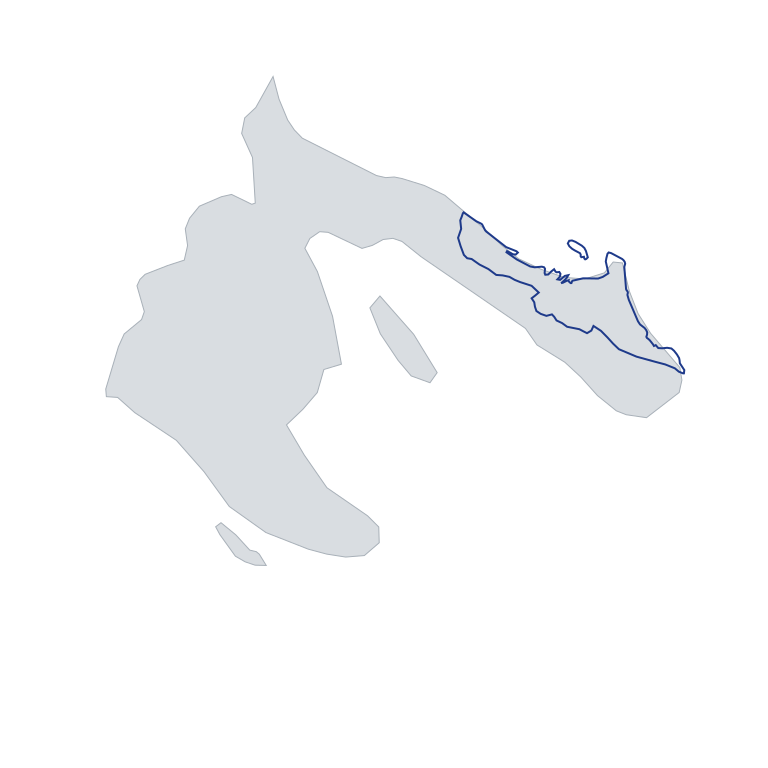 Sud highlighted on a map of Haiti, rotated 208°
{"feature_id": "HTI-1362", "entity_name": "Sud", "entity_type": "Department", "adm_level": 1, "iso_a3": "HTI", "parent_name": "Haiti", "parent_adm1": "", "projection": "robinson", "projection_center": [-73.723, 18.228], "detail": "fine", "context": "in_parent", "style": "outline", "palette": "blue", "viewbox_px": 768, "rotation_deg": 208, "n_neighbors": 0, "source": "natural_earth", "source_scale": "10m", "svg_char_len": 3507}
<svg xmlns="http://www.w3.org/2000/svg" viewBox="0 0 768 768"><g transform="rotate(208 384 384)"><path d="M623.2,242.5L627.3,248.9L636.0,292.3L636.9,306.2L628.3,327.1L629.6,335.4L648.2,354.7L648.6,361.7L646.4,368.7L630.6,387.1L618.5,399.6L622.4,414.0L632.3,427.7L633.5,439.1L630.5,454.3L615.5,473.0L607.6,479.8L585.1,480.6L582.6,483.3L593.8,501.6L606.5,522.3L627.3,538.4L631.9,553.6L627.0,567.9L626.3,603.4L610.4,586.2L592.9,571.8L582.4,566.2L571.6,562.7L488.6,564.5L479.4,567.0L472.1,571.6L464.4,573.9L441.6,578.2L418.9,579.2L365.9,567.6L344.9,561.6L323.8,557.8L299.5,559.0L275.4,562.6L256.1,570.9L241.6,585.6L238.9,599.3L230.3,602.8L210.8,581.0L192.8,565.5L172.4,553.9L130.5,537.4L122.8,527.3L119.4,515.1L136.4,477.5L155.7,470.6L166.3,469.4L190.1,474.0L213.3,482.5L234.5,488.1L267.3,490.3L285.2,499.5L411.2,513.8L435.1,518.3L444.5,516.8L452.6,511.2L459.3,501.0L467.1,493.4L504.5,491.7L512.3,488.3L517.8,477.7L517.6,466.7L495.6,452.0L461.2,419.6L430.9,381.5L443.9,368.6L438.9,345.1L443.8,323.4L450.9,302.1L421.0,283.8L385.7,265.6L336.6,259.9L321.5,255.3L313.7,241.6L320.8,223.3L336.6,213.2L354.8,206.9L373.5,202.6L418.5,197.4L463.1,203.2L501.8,222.1L541.0,236.8L590.6,241.7L612.9,247.1L623.2,242.5ZM432.2,444.6L428.9,459.8L381.1,441.8L342.4,419.0L344.0,406.7L363.8,403.9L382.7,411.5L410.8,426.6L432.2,444.6ZM458.1,173.9L465.6,178.9L462.8,185.0L443.9,181.2L424.5,174.3L418.1,176.0L414.2,175.2L402.8,168.5L412.8,163.5L423.1,161.8L434.4,162.2L458.1,173.9Z" fill="#d9dde1" stroke="#a8b0b8" stroke-width="1"/><path d="M394.3,572.9L378.8,571.0L373.9,571.2L372.3,571.0L366.9,567.2L365.3,566.6L340.4,562.2L329.3,563.4L327.5,562.9L328.5,560.1L331.0,559.1L337.7,559.1L337.7,557.8L325.2,556.3L310.1,556.4L305.7,557.8L299.7,561.7L297.4,562.2L295.9,561.3L294.3,557.4L292.9,556.2L290.4,557.8L289.1,562.0L287.7,565.2L285.2,563.7L284.0,563.7L281.8,565.2L279.9,564.1L279.1,561.3L280.0,557.8L277.4,558.6L275.1,564.3L272.4,566.6L272.5,563.7L273.1,561.1L274.9,556.2L273.5,557.5L271.4,560.5L269.8,562.2L269.7,561.7L268.6,561.2L266.6,560.7L265.9,561.1L266.0,561.9L266.2,562.9L266.0,563.7L257.8,570.8L244.5,577.6L241.1,581.3L237.8,587.1L245.7,596.3L246.8,599.7L247.8,603.9L247.4,605.6L244.9,606.2L232.5,606.2L230.7,605.8L228.9,604.9L227.5,603.4L226.8,600.2L214.8,581.4L214.2,580.9L212.8,580.2L212.1,579.8L211.5,579.0L211.3,578.3L211.2,577.6L210.7,576.7L207.3,573.2L189.2,558.6L185.9,556.8L180.2,555.8L177.8,554.7L175.8,553.1L174.9,551.0L174.5,548.8L173.4,548.1L171.9,547.9L169.9,547.4L165.1,545.3L163.5,544.3L162.3,545.9L158.7,544.5L155.0,546.2L151.0,548.9L146.9,550.3L143.5,549.5L139.2,547.6L135.6,545.4L134.1,543.6L132.5,541.2L125.4,537.3L124.2,534.2L124.9,533.8L129.4,533.3L134.6,534.4L144.9,533.3L155.1,530.9L173.9,526.7L192.9,525.0L200.7,527.2L208.5,530.0L217.4,532.8L226.3,533.6L226.0,528.5L228.6,524.2L232.9,524.1L237.2,524.1L243.2,522.3L249.2,520.5L255.3,521.4L261.5,521.1L265.2,523.2L268.4,524.3L272.6,520.4L278.6,519.5L283.7,520.0L287.0,523.1L289.7,526.7L293.9,529.0L292.2,532.7L290.3,537.4L299.8,540.0L311.7,537.9L317.6,537.3L323.5,537.5L330.2,535.6L336.1,533.0L345.8,534.5L355.7,534.3L360.6,534.9L365.3,535.5L369.6,534.1L374.1,535.5L381.2,541.8L387.2,547.8L388.7,557.2L393.5,564.3L393.9,568.1L394.5,571.8L394.3,572.9ZM278.2,591.5L281.4,591.7L285.0,592.6L287.7,594.4L287.7,597.4L285.4,599.0L281.6,599.4L274.3,599.0L271.0,598.2L268.2,596.3L263.5,591.5L264.1,589.4L264.9,588.5L266.0,588.8L267.2,590.2L269.3,588.6L270.3,589.1L271.1,590.6L272.4,591.5L278.2,591.5Z" fill="none" stroke="#1e3a8a" stroke-width="2"/></g></svg>